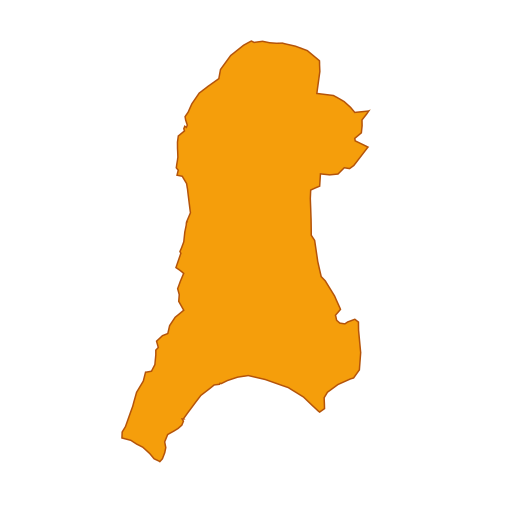 Jorquelleh, Bong, Liberia (Mercator projection), rotated 6°
{"feature_id": "62588387B10332133917800", "entity_name": "Jorquelleh", "entity_type": "district", "adm_level": 2, "iso_a3": "LBR", "parent_name": "Liberia", "parent_adm1": "Bong", "projection": "mercator", "projection_center": [-9.438, 6.901], "detail": "fine", "context": "isolated", "style": "filled", "palette": "amber", "viewbox_px": 512, "rotation_deg": 6, "n_neighbors": 0, "source": "geoboundaries", "source_scale": "gbopen_adm2", "svg_char_len": 3154}
<svg xmlns="http://www.w3.org/2000/svg" viewBox="0 0 512 512"><g transform="rotate(6 256 256)"><path d="M370.0,340.2L369.0,335.3L365.8,319.3L365.3,315.3L364.8,311.0L360.9,308.6L354.1,312.0L351.5,314.2L346.4,314.0L342.9,311.5L341.8,308.1L341.2,306.6L345.6,300.3L345.1,299.3L340.1,290.7L338.3,287.5L338.2,287.4L328.7,275.1L327.6,273.6L323.0,269.7L321.2,264.5L317.9,254.8L317.6,253.5L314.5,241.4L312.7,234.4L308.8,229.6L308.2,224.3L306.9,213.6L306.6,211.5L305.6,204.3L304.0,193.1L303.5,184.7L308.1,182.0L311.8,180.0L312.0,179.9L311.5,167.6L320.7,167.6L321.3,167.5L329.0,165.9L330.6,163.9L333.6,160.2L334.6,159.0L339.9,159.3L340.6,158.7L341.7,157.7L343.8,155.8L351.1,143.9L355.7,136.4L356.0,136.0L342.6,131.1L342.4,130.3L341.9,128.7L347.9,122.5L347.9,120.4L347.9,115.4L347.2,109.6L348.0,108.3L351.1,103.4L353.0,99.9L352.6,100.1L339.2,102.9L334.5,98.3L327.5,93.2L319.7,89.7L318.6,89.3L316.3,88.3L300.6,88.0L299.5,88.0L299.6,84.4L300.2,66.2L300.2,65.8L299.2,59.0L299.0,57.1L298.7,55.2L285.6,46.4L282.2,45.5L273.2,43.2L263.1,42.0L259.8,41.5L259.5,41.6L254.2,42.3L247.2,42.5L240.1,41.8L239.2,42.0L233.8,43.3L231.8,43.8L230.0,43.1L228.9,42.7L225.6,44.9L221.6,47.7L213.3,55.9L213.0,56.2L209.9,59.2L201.2,74.2L201.1,75.7L200.5,83.5L190.3,92.5L189.6,93.2L182.5,99.9L176.4,111.2L176.2,111.7L175.1,115.0L173.5,120.0L170.9,124.8L171.7,127.7L171.8,128.1L174.0,133.0L173.3,135.4L171.6,134.4L170.9,136.9L171.8,139.1L167.9,143.0L167.3,143.7L166.2,144.7L166.1,147.6L166.0,150.9L166.7,157.2L167.2,160.4L168.0,166.0L167.9,167.4L167.9,168.6L167.6,173.5L167.6,174.4L167.5,176.6L168.2,177.3L169.7,178.8L169.0,183.9L174.3,184.4L174.8,185.0L175.4,185.9L176.4,187.2L179.4,191.2L180.5,195.3L180.9,196.6L181.9,201.1L185.4,216.2L185.5,216.7L186.3,219.9L183.4,229.4L183.4,229.6L183.7,229.6L183.3,230.3L183.4,232.5L182.7,239.7L182.7,249.4L181.1,255.7L179.9,259.5L181.0,261.2L180.9,261.5L177.6,275.9L181.7,278.1L184.5,279.9L185.0,280.3L185.4,280.5L185.9,280.8L183.4,289.1L182.3,293.6L181.5,296.7L183.7,302.4L183.9,309.2L189.8,317.5L189.2,318.1L182.5,324.9L182.0,325.4L177.4,334.2L177.2,335.7L176.4,342.3L175.9,342.6L171.3,345.0L167.3,349.6L166.0,351.1L168.4,357.2L166.2,360.1L166.7,364.8L166.7,365.3L166.8,374.6L164.1,381.5L158.6,383.1L158.3,383.1L157.0,392.2L152.2,402.5L151.5,404.0L149.8,413.9L149.1,418.4L147.7,424.0L144.7,436.5L144.0,439.4L141.6,444.4L141.3,445.1L141.7,451.0L150.8,452.4L157.1,455.6L159.3,456.4L163.4,458.0L171.0,463.6L175.8,468.3L181.8,470.4L181.9,470.5L184.1,467.5L185.8,461.2L186.3,456.0L184.6,450.4L186.8,442.8L188.3,441.7L192.6,438.7L194.8,437.0L196.5,435.7L199.9,432.0L201.1,427.9L199.6,425.8L200.8,425.7L201.2,425.6L200.9,425.4L204.6,418.9L209.9,410.0L210.4,409.1L210.7,408.7L211.0,408.1L215.7,400.4L223.7,392.8L227.9,388.6L233.1,387.4L233.4,386.4L234.8,386.5L240.7,382.8L250.4,378.4L256.9,376.7L257.1,376.7L260.8,375.7L278.3,377.9L295.8,382.1L301.9,383.5L304.5,384.8L311.4,388.1L318.0,391.3L327.5,398.7L334.3,403.8L335.6,404.6L340.1,400.6L339.5,396.1L339.0,392.8L338.6,389.8L341.3,384.0L344.4,381.2L351.0,375.2L362.9,368.3L364.4,367.7L365.8,367.1L370.2,359.3L370.7,358.5L370.2,341.1L370.0,340.2Z" fill="#f59e0b" stroke="#b45309" stroke-width="1.5"/></g></svg>